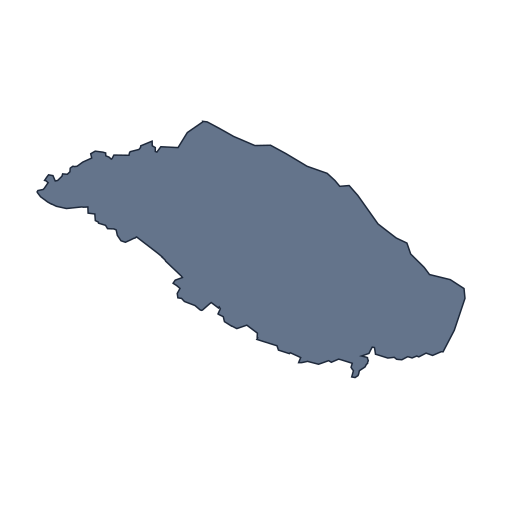 the district of Gounwolaila, Gbapolu, Liberia, rotated 71°
{"feature_id": "62588387B55137864763124", "entity_name": "Gounwolaila", "entity_type": "district", "adm_level": 2, "iso_a3": "LBR", "parent_name": "Liberia", "parent_adm1": "Gbapolu", "projection": "equal_earth", "projection_center": [-9.957, 7.206], "detail": "fine", "context": "isolated", "style": "filled", "palette": "slate", "viewbox_px": 512, "rotation_deg": 71, "n_neighbors": 0, "source": "geoboundaries", "source_scale": "gbopen_adm2", "svg_char_len": 3309}
<svg xmlns="http://www.w3.org/2000/svg" viewBox="0 0 512 512"><g transform="rotate(71 256 256)"><path d="M227.3,141.9L219.7,145.0L217.4,154.1L210.3,156.8L201.0,161.8L196.2,167.9L187.7,178.6L184.9,180.9L172.1,191.7L169.0,194.3L163.1,199.7L156.0,206.2L151.2,221.1L135.6,238.3L134.2,239.5L124.0,248.6L113.3,258.5L111.3,262.5L111.8,262.5L116.9,280.7L118.1,282.2L128.1,294.4L127.8,295.2L121.7,310.4L125.5,315.9L124.4,317.2L120.7,315.9L118.0,318.2L113.6,316.8L113.6,317.6L113.8,320.7L114.3,329.1L115.7,329.8L117.0,331.6L117.1,332.6L116.7,337.3L116.4,341.0L117.2,342.0L118.0,342.5L119.4,343.3L119.1,344.2L117.8,347.8L114.3,357.5L116.3,359.6L117.1,360.5L117.3,361.3L114.8,362.7L114.6,362.8L112.5,365.3L112.3,365.4L109.6,364.6L108.8,365.8L108.0,366.9L104.5,373.9L105.5,379.0L107.3,379.2L108.8,379.3L109.9,379.5L110.3,383.8L110.8,389.2L112.9,396.0L112.3,398.6L111.5,399.9L111.6,400.4L111.8,400.9L112.1,402.0L112.5,403.1L115.8,404.5L117.0,407.2L117.3,407.8L115.4,412.1L117.4,413.5L118.2,415.2L119.7,418.3L120.0,419.0L119.7,421.4L113.9,421.8L111.7,425.7L113.4,428.3L115.7,431.3L116.6,430.0L117.4,429.6L119.0,428.7L123.1,434.2L123.5,435.0L123.8,435.5L123.1,440.9L124.1,442.1L125.0,442.0L129.9,440.4L137.3,435.3L137.8,434.8L140.3,432.6L140.2,432.4L144.0,428.6L146.3,424.8L149.4,419.8L150.6,414.6L152.9,404.7L153.6,403.4L154.2,401.5L154.9,399.0L157.2,399.7L160.8,400.8L162.0,398.4L163.8,394.7L170.2,396.4L172.5,394.1L173.7,394.2L178.0,388.3L181.1,387.6L181.8,387.5L183.5,383.2L183.6,382.9L184.1,381.6L185.8,379.7L191.3,380.4L197.6,378.7L198.2,378.0L200.5,375.0L199.9,368.9L199.5,366.0L199.6,364.2L199.2,363.5L199.1,362.7L199.7,362.3L220.0,348.9L221.2,348.1L226.4,344.9L226.5,345.2L230.0,343.3L231.5,343.1L239.6,338.9L250.7,333.1L252.4,332.6L252.5,338.8L252.5,340.2L254.7,343.2L254.8,343.3L256.8,341.7L257.9,340.8L261.9,338.4L265.8,342.7L266.8,342.9L267.0,342.9L270.1,343.5L271.7,340.5L271.8,340.2L275.7,338.5L283.0,329.8L285.9,328.1L288.6,326.5L289.6,325.4L289.7,324.3L289.7,324.2L286.6,316.7L286.0,315.2L285.4,313.5L293.0,308.4L292.2,307.4L294.3,306.9L298.4,310.8L299.5,309.9L302.7,306.7L307.8,307.2L312.9,303.1L314.4,301.9L314.3,301.7L318.4,297.8L318.4,287.2L325.4,282.5L329.4,279.8L329.9,280.0L333.3,281.4L333.9,281.0L335.1,282.4L339.2,276.9L346.3,267.3L347.1,266.2L347.6,265.4L352.3,265.4L358.9,256.6L359.2,256.2L358.6,255.1L364.6,248.8L366.6,246.8L368.5,248.5L370.1,249.9L370.7,250.4L371.7,247.5L372.3,242.6L372.4,241.5L372.8,241.0L378.7,232.1L378.7,228.8L378.6,221.4L381.0,219.4L380.9,218.1L380.4,211.5L381.7,209.5L388.2,200.7L388.8,199.9L392.2,202.4L394.6,201.8L396.1,201.2L396.4,201.4L399.8,203.7L401.5,204.9L403.2,201.9L402.3,198.5L400.9,197.3L398.2,195.7L397.9,194.8L396.4,189.0L394.5,187.0L393.8,185.4L392.7,185.0L391.6,183.9L388.8,183.9L388.3,183.7L387.1,185.4L384.9,188.8L384.9,187.8L384.9,180.9L382.2,178.2L380.0,175.8L381.1,173.8L382.5,174.0L387.8,175.0L388.0,174.6L395.4,164.6L396.1,161.5L396.8,158.3L398.9,157.0L399.4,156.7L400.3,154.8L400.4,154.5L401.6,151.9L401.0,148.1L400.6,145.3L401.4,144.1L403.2,141.6L402.9,136.6L404.4,134.9L403.2,126.8L407.5,121.4L406.8,112.1L407.2,111.0L407.5,110.3L390.8,92.7L364.1,72.2L354.5,69.9L341.6,80.0L330.0,98.0L321.5,100.7L304.5,109.1L292.9,109.1L284.7,117.5L276.4,123.0L265.4,130.2L231.9,140.0L227.3,141.9Z" fill="#64748b" stroke="#1e293b" stroke-width="1.5"/></g></svg>